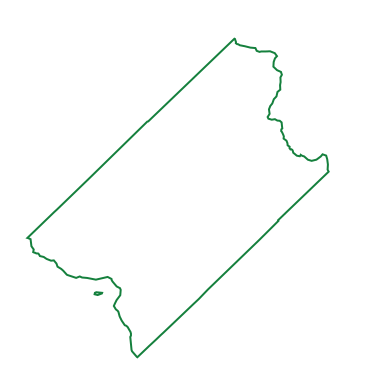 Snohomish, Washington, United States of America (Mercator projection), rotated 316°
{"feature_id": "52423323B25311373219770", "entity_name": "Snohomish", "entity_type": "district", "adm_level": 2, "iso_a3": "USA", "parent_name": "United States of America", "parent_adm1": "Washington", "projection": "mercator", "projection_center": [-121.691, 48.037], "detail": "fine", "context": "isolated", "style": "outline", "palette": "green", "viewbox_px": 384, "rotation_deg": 316, "n_neighbors": 0, "source": "geoboundaries", "source_scale": "gbopen_adm2", "svg_char_len": 2026}
<svg xmlns="http://www.w3.org/2000/svg" viewBox="0 0 384 384"><g transform="rotate(316 192 192)"><path d="M304.4,272.3L305.1,270.1L308.8,266.7L312.0,262.4L313.8,259.0L312.1,255.6L309.3,255.9L304.0,255.2L299.7,252.7L297.8,249.3L297.4,244.3L296.4,242.5L296.0,240.8L295.5,241.1L294.4,241.2L293.6,240.1L292.6,238.6L292.4,236.5L292.1,234.1L293.2,232.2L293.4,231.3L293.1,230.2L292.4,229.8L292.6,228.2L293.7,227.2L293.2,224.9L294.6,223.1L295.6,220.7L295.0,217.2L296.7,215.8L297.4,214.2L298.3,211.6L298.5,210.1L299.8,209.0L301.1,209.0L302.6,207.0L304.8,204.2L304.6,201.7L303.0,199.9L302.2,197.2L299.6,195.4L297.9,192.3L298.5,190.6L302.1,189.7L304.8,186.0L308.1,184.5L311.3,184.1L315.3,182.1L319.2,181.9L323.0,179.4L326.6,179.7L329.6,176.3L332.1,174.5L335.2,171.0L338.1,170.1L339.4,167.4L337.8,163.4L337.6,158.4L341.1,155.2L344.5,153.5L347.5,153.3L348.0,149.6L345.9,145.0L342.3,141.8L339.4,139.0L337.9,138.1L336.6,135.4L337.6,132.5L334.3,128.7L331.3,123.9L328.3,119.6L327.9,117.9L327.2,117.0L326.9,115.4L327.8,114.7L329.2,111.7L329.0,111.2L209.5,110.8L208.8,110.3L127.6,110.8L121.5,110.8L82.6,110.8L78.7,110.7L41.7,110.7L42.0,111.2L43.1,113.8L38.8,119.5L38.2,123.4L36.0,124.9L36.5,126.3L37.0,126.8L37.3,128.0L38.5,129.2L38.7,129.6L38.5,131.0L38.1,132.4L40.2,135.7L40.9,139.1L42.9,143.5L45.1,145.2L44.8,149.3L43.4,152.3L44.5,156.5L44.7,159.2L44.5,164.5L44.7,165.1L44.8,165.3L49.0,173.3L52.6,174.8L53.5,177.1L56.8,180.9L62.0,188.3L72.3,194.5L73.7,198.6L72.9,199.9L72.6,201.6L72.2,207.6L73.4,211.2L72.7,212.9L68.7,216.4L62.6,217.4L59.0,218.7L56.6,219.7L55.7,223.5L56.0,225.9L55.8,227.1L53.5,231.3L52.1,235.6L51.1,241.1L51.8,242.6L51.9,244.5L51.1,247.6L50.6,249.8L49.7,251.5L48.3,252.9L46.9,253.4L38.8,263.6L38.2,265.0L37.8,272.3L37.9,272.9L52.3,273.0L54.4,273.0L58.6,273.1L64.1,273.2L69.8,273.2L73.2,273.3L85.9,273.4L115.8,273.6L122.4,273.7L135.7,273.2L207.3,273.2L234.1,272.8L234.3,272.1L304.4,272.3ZM52.1,197.1L50.9,197.9L52.6,200.6L56.7,202.4L57.3,202.1L53.5,197.6L52.1,197.1Z" fill="none" stroke="#15803d" stroke-width="2"/></g></svg>